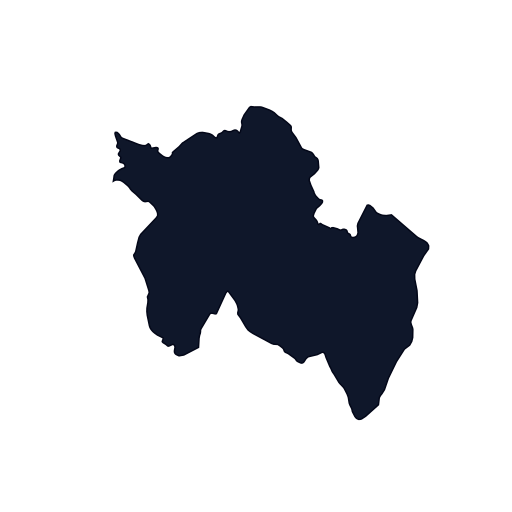 map outline of Sari Pul (Equal Earth projection), rotated 126°
{"feature_id": "AFG-1748", "entity_name": "Sari Pul", "entity_type": "Province", "adm_level": 1, "iso_a3": "AFG", "parent_name": "Afghanistan", "parent_adm1": "", "projection": "equal_earth", "projection_center": [66.141, 35.686], "detail": "fine", "context": "isolated", "style": "filled", "palette": "ink", "viewbox_px": 512, "rotation_deg": 126, "n_neighbors": 0, "source": "natural_earth", "source_scale": "10m", "svg_char_len": 5988}
<svg xmlns="http://www.w3.org/2000/svg" viewBox="0 0 512 512"><g transform="rotate(126 256 256)"><path d="M304.4,69.5L321.2,73.1L325.7,74.8L326.5,75.4L327.2,76.1L327.8,76.9L328.1,78.1L328.2,78.9L328.2,79.6L327.9,80.9L327.6,81.8L325.6,85.8L325.1,86.7L323.7,88.2L323.1,89.0L321.3,92.5L320.2,94.1L316.6,97.7L315.8,98.6L314.1,101.2L311.4,106.5L311.0,107.5L310.7,108.6L309.9,113.0L309.5,114.6L305.8,123.2L304.9,125.8L304.5,126.7L302.8,129.5L302.0,131.3L296.9,139.7L294.9,142.4L294.6,143.2L294.3,144.3L294.4,145.0L295.0,145.9L299.8,148.5L306.2,154.0L307.2,154.7L309.7,155.2L313.5,155.0L315.0,155.4L315.8,156.1L316.2,156.9L316.8,159.8L316.9,160.9L316.8,161.8L316.2,163.4L316.0,164.5L316.0,172.4L316.2,173.7L316.6,175.5L316.6,176.1L316.5,176.7L316.3,177.2L315.2,178.8L315.0,179.3L314.8,180.1L314.7,181.0L314.6,183.6L314.7,186.3L317.0,190.0L317.6,192.1L320.4,212.7L320.6,216.2L320.5,218.9L319.3,222.6L315.2,232.0L314.0,235.8L313.9,236.2L313.6,236.6L313.1,237.0L312.6,237.4L310.3,238.4L309.6,238.9L308.3,240.3L306.8,242.1L305.9,243.5L304.3,246.8L300.9,257.5L301.3,258.5L303.6,258.7L325.9,254.2L326.1,254.3L326.3,254.4L326.6,254.7L326.9,255.1L327.1,255.7L327.9,257.6L328.4,258.4L329.2,259.1L330.1,259.3L347.3,257.7L348.6,257.3L349.9,256.4L351.2,255.7L353.4,255.0L355.9,253.8L363.7,248.8L378.5,256.2L382.0,259.6L382.5,262.0L382.6,262.8L382.6,263.4L382.5,263.9L382.3,264.5L381.9,265.2L381.3,265.8L380.4,266.4L377.5,267.8L376.8,268.5L376.2,269.4L376.1,270.8L376.5,271.5L380.0,273.5L380.5,274.0L380.7,274.6L380.5,276.3L380.5,277.4L380.7,280.1L380.6,280.9L380.4,281.5L380.0,281.7L377.8,282.3L377.3,282.6L377.0,282.9L376.9,283.3L377.0,284.1L377.9,289.4L377.9,290.9L377.9,292.7L377.7,295.1L377.3,296.8L376.8,298.4L376.1,299.8L375.1,301.2L367.8,309.2L365.1,311.6L362.2,313.6L357.2,316.1L354.8,317.7L352.9,319.8L348.6,320.7L347.0,322.2L339.2,332.7L329.1,353.0L328.0,354.6L327.1,355.5L324.0,355.7L322.9,356.0L314.9,359.5L309.5,361.6L306.2,362.0L283.8,359.1L281.3,359.2L280.3,359.9L279.4,360.6L278.3,362.0L277.6,363.2L276.9,364.6L275.8,367.2L275.5,368.4L274.8,373.8L274.8,374.6L275.1,375.4L275.6,376.0L277.1,377.5L277.6,378.4L277.9,379.6L277.9,381.0L276.6,389.4L276.2,394.6L275.6,397.1L275.1,398.3L274.8,399.5L274.5,401.0L274.1,406.5L274.2,408.2L274.4,409.7L274.8,410.8L275.3,411.8L276.4,413.4L276.8,413.9L277.9,414.8L279.3,415.4L276.3,416.9L274.7,417.8L274.0,418.1L273.0,418.2L271.6,418.2L268.8,417.7L266.8,417.1L263.9,415.7L262.7,414.8L261.7,414.3L261.0,414.3L259.9,415.0L259.3,415.8L259.0,416.6L258.9,417.4L259.0,418.2L259.2,419.0L259.9,420.6L260.0,421.1L259.8,421.5L259.5,421.8L259.0,422.2L258.3,422.4L256.2,423.0L255.7,423.3L255.5,423.7L255.2,425.6L255.1,426.3L254.8,426.8L254.4,427.2L253.9,427.4L251.0,427.6L250.3,427.9L249.9,428.2L249.6,428.7L249.4,429.4L249.5,430.2L249.7,430.9L249.8,431.5L249.8,432.1L249.5,432.7L249.1,433.1L248.6,433.4L246.4,434.0L245.9,434.2L245.4,434.6L241.4,440.3L239.9,442.0L239.3,442.3L238.7,442.5L238.3,442.1L237.7,441.1L237.8,439.3L238.1,437.9L239.2,435.2L239.3,434.5L239.2,433.2L234.7,416.2L233.5,413.1L232.4,411.2L231.1,409.9L228.5,409.1L228.4,407.8L228.8,406.6L230.0,404.9L230.3,404.4L230.4,404.0L229.8,403.4L226.9,400.6L226.4,399.5L226.4,398.6L227.0,398.1L228.7,397.4L229.2,397.0L229.4,396.5L229.6,395.7L229.8,394.7L230.0,390.4L229.9,389.4L229.8,388.6L229.6,387.6L229.2,386.5L228.6,385.5L228.1,384.6L227.1,383.9L226.0,383.5L223.9,383.4L222.7,383.5L222.0,383.9L221.6,384.3L220.6,384.3L212.7,382.4L207.9,381.9L191.7,375.8L190.6,375.1L189.3,374.1L187.6,372.1L186.8,370.6L184.7,366.2L184.3,365.0L184.1,364.0L183.9,362.8L183.9,361.9L184.2,359.6L184.2,358.9L184.1,358.2L183.8,357.6L183.4,357.2L182.9,357.2L180.4,357.9L179.8,357.9L179.0,357.7L176.8,356.3L175.7,355.9L174.0,355.7L173.1,355.3L172.5,354.3L172.1,352.5L171.8,351.8L171.5,351.2L171.1,350.6L170.7,350.1L170.2,349.6L169.8,349.2L167.5,347.9L166.9,347.5L166.4,347.0L166.1,346.5L165.9,346.0L165.8,345.5L165.8,344.9L165.8,344.2L166.0,343.5L166.3,342.3L166.4,341.9L166.3,341.7L165.6,341.6L164.5,341.8L159.1,343.7L158.5,344.1L157.8,344.6L156.1,346.4L155.1,347.0L153.6,347.5L148.8,348.5L139.6,348.6L138.1,347.9L136.4,344.9L133.0,340.3L132.3,339.0L131.8,337.4L130.0,330.9L129.5,327.8L129.4,325.4L129.9,321.5L130.0,319.6L129.4,315.7L129.7,309.8L130.2,304.7L130.5,303.9L131.1,303.2L133.2,301.8L134.1,300.9L134.8,299.6L136.8,293.2L141.7,283.0L142.0,282.2L142.1,281.8L142.0,281.3L141.8,279.9L139.8,272.9L139.6,272.1L139.6,271.6L139.7,270.9L140.1,269.3L140.9,267.5L141.1,266.8L141.2,266.4L141.1,265.0L141.2,263.7L141.7,262.6L142.6,261.5L147.6,257.2L148.7,256.8L150.2,256.6L155.1,257.1L160.0,258.5L160.8,258.6L161.6,258.5L163.5,257.5L166.5,253.2L170.0,247.0L170.8,246.1L171.7,244.4L172.3,242.9L172.9,239.8L173.1,238.5L172.9,237.4L172.2,235.9L172.1,235.1L172.4,234.5L173.5,233.9L174.4,233.8L175.1,233.8L177.9,234.1L182.0,235.1L187.3,234.2L190.1,233.2L190.3,233.0L190.6,232.3L191.0,231.2L191.4,229.0L191.8,227.7L192.4,226.5L193.6,224.8L193.8,224.3L193.6,223.8L192.8,223.4L192.3,223.3L191.9,223.2L191.7,222.5L191.7,220.9L190.1,213.3L190.1,212.4L189.9,211.7L189.6,211.5L188.6,211.3L188.1,210.7L187.7,210.2L186.2,206.2L185.6,203.1L185.2,202.7L184.7,202.2L183.3,201.4L182.5,200.4L181.9,198.6L182.0,197.7L182.4,196.9L182.9,196.4L183.3,195.8L183.5,195.3L183.5,194.9L183.3,193.2L183.3,192.9L183.4,192.4L184.5,190.8L184.7,190.3L184.6,189.6L184.3,188.8L183.6,187.9L182.7,187.1L181.9,186.6L180.8,186.3L179.8,186.2L177.3,187.0L173.3,190.5L172.1,191.6L171.0,192.1L169.6,192.7L149.6,195.9L148.7,195.1L148.2,193.5L148.4,189.5L150.1,184.5L150.1,183.1L149.8,181.4L149.3,179.2L148.6,177.4L146.7,174.3L143.1,170.6L145.9,137.4L145.9,135.7L144.9,129.0L144.8,127.1L144.9,125.3L145.7,123.4L146.3,122.3L148.9,120.6L157.1,120.5L174.1,118.1L177.6,116.9L181.4,114.0L189.4,105.4L198.8,97.8L203.2,95.7L217.3,92.6L218.8,91.8L220.4,89.8L222.0,87.3L222.5,86.7L223.3,85.9L229.9,81.3L233.6,79.8L237.8,79.3L244.1,81.2L258.9,80.3L277.0,77.1L288.7,73.5L293.5,73.2L295.6,73.3L297.5,73.1L298.5,72.8L304.4,69.5Z" fill="#0f172a" stroke="#020617" stroke-width="1.5"/></g></svg>